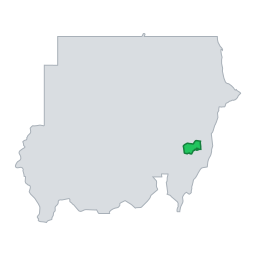 Wasat Al Gedaref, Gedarif, Sudan (highlighted)
{"feature_id": "16777658B33675422970031", "entity_name": "Wasat Al Gedaref", "entity_type": "district", "adm_level": 2, "iso_a3": "SDN", "parent_name": "Sudan", "parent_adm1": "Gedarif", "projection": "mercator", "projection_center": [35.181, 14.159], "detail": "fine", "context": "in_parent", "style": "filled", "palette": "green", "viewbox_px": 256, "rotation_deg": 0, "n_neighbors": 0, "source": "geoboundaries", "source_scale": "gbopen_adm2", "svg_char_len": 4655}
<svg xmlns="http://www.w3.org/2000/svg" viewBox="0 0 256 256"><path d="M179.8,211.7L177.3,211.7L177.0,211.1L177.1,209.4L177.4,208.2L178.3,206.2L178.0,205.2L178.2,203.6L177.5,201.9L171.5,196.8L170.3,195.4L167.1,194.2L167.7,192.7L166.3,182.4L167.0,181.2L167.2,179.4L167.2,177.8L167.9,175.1L168.0,174.0L161.6,173.9L161.5,175.1L161.8,176.4L161.8,176.9L152.9,176.9L156.5,181.0L156.6,182.8L156.4,185.0L156.5,186.4L156.7,187.3L157.6,189.1L157.6,189.5L157.4,189.9L151.0,195.3L150.0,197.8L149.1,199.1L147.3,201.3L141.5,207.1L140.6,207.5L136.2,207.7L135.8,207.8L135.4,208.1L135.2,208.0L131.5,204.6L125.1,200.6L120.9,202.7L119.8,203.5L119.8,205.4L119.1,206.4L118.0,207.5L114.9,208.2L113.3,208.8L111.4,209.9L109.5,211.7L109.4,212.7L109.6,213.5L98.9,213.5L98.2,212.8L96.6,209.8L95.6,210.0L85.8,209.6L84.4,209.9L81.6,211.2L80.2,211.4L78.8,210.8L73.7,204.8L72.6,204.1L71.4,202.7L70.3,202.0L69.9,201.6L69.8,200.9L69.9,199.6L69.5,198.8L68.7,198.6L61.8,200.0L60.8,199.8L59.4,200.1L58.9,200.3L58.3,201.1L58.2,202.8L58.0,203.6L57.5,204.5L55.5,206.5L55.1,207.4L55.2,209.7L55.1,210.8L54.8,211.3L53.9,212.2L53.6,212.7L53.2,215.5L52.2,217.3L51.9,217.9L51.9,219.1L51.7,219.5L48.6,220.5L47.4,221.1L46.7,222.1L46.5,222.5L45.2,222.2L43.5,221.9L40.2,221.6L39.0,221.1L38.3,220.5L38.5,218.7L38.2,218.4L37.7,218.0L37.3,217.3L37.4,216.4L39.1,214.4L39.5,213.3L39.9,208.3L39.8,206.8L38.4,203.9L35.3,199.1L34.6,198.1L30.6,194.1L30.2,193.5L29.2,191.8L30.3,188.1L30.4,187.0L30.1,186.0L29.1,185.2L28.2,185.1L27.1,184.1L26.3,183.6L25.6,182.8L25.2,181.5L25.5,177.1L25.3,176.5L24.3,176.4L24.0,176.1L24.1,175.2L23.5,172.7L22.9,170.6L23.3,169.5L22.4,167.9L20.8,167.3L17.7,167.8L16.7,167.7L16.1,167.4L15.6,166.8L15.4,166.1L15.6,165.1L16.5,163.2L17.6,161.7L19.8,160.3L20.4,159.5L20.8,158.7L20.8,157.8L20.7,156.7L20.4,155.8L19.8,154.6L19.1,153.2L19.1,152.2L19.4,151.5L20.0,150.7L22.3,149.0L24.5,147.7L24.9,147.2L24.8,146.6L23.7,145.5L23.4,143.3L22.8,141.8L24.0,140.7L24.8,140.3L26.2,139.9L26.7,139.4L26.9,138.5L26.8,137.6L27.3,137.0L27.9,135.6L28.5,135.0L30.2,133.3L30.6,132.3L30.7,131.3L30.2,128.2L31.3,126.9L32.5,125.8L34.4,125.9L37.3,125.6L39.2,125.2L40.6,125.2L43.8,125.8L44.2,125.5L44.3,124.7L44.3,65.2L57.5,65.3L57.7,65.2L57.7,36.5L141.3,36.5L142.0,36.4L143.3,33.7L143.9,33.5L144.7,33.7L145.0,34.3L144.3,36.5L217.3,36.5L217.5,39.8L218.1,42.4L220.1,46.2L221.9,48.2L222.5,49.3L222.6,49.8L222.5,50.3L222.0,49.7L221.1,49.4L220.9,51.1L221.4,54.7L222.1,57.2L221.6,59.5L221.6,63.5L222.6,68.2L222.4,71.2L223.9,78.1L225.4,82.0L226.2,82.9L227.1,83.4L228.8,83.8L231.4,85.7L233.5,87.8L234.2,88.9L235.2,90.1L235.8,89.8L236.3,89.5L236.9,90.5L240.2,92.6L240.6,93.5L239.5,94.4L238.1,96.1L237.5,97.6L237.1,98.0L236.0,99.0L235.9,99.4L235.4,99.7L234.9,99.7L233.8,100.3L232.8,100.1L231.8,100.4L231.4,100.7L230.6,101.0L229.5,101.2L227.9,102.5L226.4,103.1L225.9,103.6L225.1,106.1L224.6,106.8L222.4,106.9L221.3,107.1L219.9,106.8L219.2,106.8L219.0,107.4L218.7,109.5L218.8,110.5L217.5,112.9L217.9,117.5L216.7,121.0L216.5,121.7L215.3,124.5L214.7,125.5L213.2,130.5L212.6,132.1L211.3,133.7L212.7,145.9L211.6,149.6L211.6,151.6L210.9,154.6L210.3,156.0L209.3,157.7L208.5,159.5L207.8,162.0L207.3,166.6L207.1,167.0L203.2,167.6L202.0,167.9L201.2,168.4L200.2,169.6L198.2,172.9L197.2,174.9L195.6,177.6L193.7,179.5L193.3,180.5L193.0,182.2L192.3,185.0L191.7,186.9L191.8,188.5L191.2,191.2L191.3,192.5L190.6,193.3L189.7,194.0L189.1,194.2L186.4,192.3L184.6,193.6L183.4,195.4L182.5,197.1L183.0,200.9L182.9,201.7L182.7,202.6L180.9,206.3L180.4,208.0L179.8,211.0L179.8,211.7Z" fill="#d9dde1" stroke="#a8b0b8" stroke-width="1"/><path d="M183.3,146.1L183.5,147.1L183.6,147.6L183.8,148.7L184.3,152.7L184.4,153.0L185.0,153.3L186.0,153.5L186.8,153.7L187.2,153.8L187.8,153.4L189.4,153.0L189.5,153.1L189.9,153.6L190.1,153.8L191.6,153.9L191.7,153.7L192.4,152.5L193.1,151.1L193.4,150.6L193.5,150.5L193.9,150.5L194.3,150.4L194.5,149.8L194.8,149.4L195.6,149.3L195.7,149.5L195.8,149.9L196.1,150.1L196.5,150.1L197.1,150.2L197.3,150.1L197.3,149.9L197.3,149.7L197.2,149.6L197.0,149.4L196.8,149.3L196.6,149.2L196.4,149.1L196.4,148.8L196.5,148.5L196.6,148.3L196.7,148.2L196.8,148.2L196.9,148.3L197.0,148.4L197.1,148.5L197.2,148.4L197.4,148.4L197.6,148.4L198.0,148.5L198.0,148.8L197.9,148.9L197.9,149.0L197.8,149.3L197.9,149.5L198.0,149.8L198.3,149.8L198.4,149.7L199.4,149.3L200.8,149.3L200.7,147.6L200.7,146.5L200.5,144.7L200.3,143.1L200.3,142.0L200.3,141.9L200.4,141.6L200.5,141.4L200.5,141.2L196.5,140.6L196.0,140.6L195.4,140.9L194.8,141.6L194.3,142.3L194.0,142.8L193.6,143.5L193.4,143.8L192.8,144.0L191.8,143.8L190.8,143.7L188.6,143.5L188.0,143.2L187.1,143.3L184.9,144.5L183.9,145.3L183.3,146.1Z" fill="#22c55e" stroke="#15803d" stroke-width="1.5"/></svg>